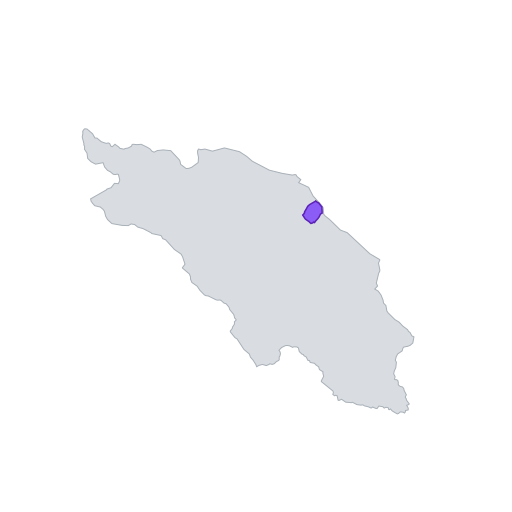 Noyon, Ömnögovi, Mongolia shown in context, rotated 216°
{"feature_id": "93677404B12923912473821", "entity_name": "Noyon", "entity_type": "district", "adm_level": 2, "iso_a3": "MNG", "parent_name": "Mongolia", "parent_adm1": "Ömnögovi", "projection": "natural_earth1", "projection_center": [102.365, 42.761], "detail": "fine", "context": "in_parent", "style": "filled", "palette": "violet", "viewbox_px": 512, "rotation_deg": 216, "n_neighbors": 0, "source": "geoboundaries", "source_scale": "gbopen_adm2", "svg_char_len": 4577}
<svg xmlns="http://www.w3.org/2000/svg" viewBox="0 0 512 512"><g transform="rotate(216 256 256)"><path d="M43.6,216.2L45.2,216.1L47.7,214.6L48.1,212.5L48.9,211.3L54.7,210.7L57.3,211.3L57.8,210.0L58.3,209.8L59.7,210.9L61.0,210.5L62.0,209.9L62.9,208.3L64.9,208.6L68.4,206.8L68.4,203.7L69.8,203.0L72.9,202.4L73.3,200.9L74.0,200.5L76.3,200.1L80.2,198.5L82.0,198.4L83.5,197.0L87.0,195.1L92.2,194.3L92.6,193.4L97.5,190.5L102.5,190.4L104.0,187.9L104.8,187.6L108.2,190.6L109.7,190.2L110.3,189.1L112.4,189.1L113.2,191.1L114.4,192.0L129.3,192.8L129.8,193.5L130.5,198.4L133.1,200.6L133.8,201.7L137.9,201.4L140.2,203.2L143.8,203.1L145.6,203.6L149.2,201.9L150.0,201.9L151.1,202.8L152.8,202.1L156.0,203.8L158.5,203.5L159.7,204.1L161.2,203.6L164.8,204.1L167.7,206.6L169.6,206.4L172.1,204.7L172.7,203.6L176.2,203.0L178.2,201.9L179.5,200.8L181.5,197.0L182.0,193.2L180.2,192.6L178.8,191.3L177.9,189.2L177.8,187.8L176.2,185.6L176.4,184.5L177.4,182.6L177.9,179.6L179.1,177.9L181.5,176.9L181.8,175.7L183.3,173.4L187.1,172.0L189.2,169.4L190.4,166.8L192.3,168.1L197.1,170.0L201.1,170.9L203.7,172.8L210.8,173.3L222.6,177.8L225.1,177.6L232.1,179.5L232.7,180.1L232.6,183.6L233.2,184.5L233.4,188.2L234.8,190.1L234.4,192.3L235.0,193.0L236.8,193.3L239.6,195.6L245.8,197.2L247.7,198.7L252.0,199.8L254.2,199.1L257.9,199.5L259.2,199.3L261.4,197.5L262.9,197.0L271.1,195.6L273.4,194.4L274.9,194.2L281.3,195.3L285.8,197.0L292.3,196.9L295.4,198.8L296.7,200.6L299.3,202.3L308.2,203.0L308.7,203.4L308.6,207.3L309.0,207.9L314.9,212.2L317.7,213.5L325.9,213.3L338.7,216.0L341.6,215.2L344.4,216.6L345.4,216.5L353.5,212.9L354.8,213.1L363.3,211.8L368.6,209.9L372.7,210.1L375.9,208.5L377.2,205.5L382.4,202.0L391.7,197.5L397.5,198.2L401.0,199.8L404.8,203.0L406.9,203.8L410.7,204.1L416.0,201.9L418.9,202.5L421.6,203.4L423.4,205.0L415.9,221.6L415.9,222.6L413.4,226.0L413.2,231.6L409.9,233.6L410.5,236.7L411.4,237.9L415.3,241.1L416.5,240.6L417.5,239.3L419.5,238.2L423.3,238.5L426.5,238.0L430.7,239.0L434.6,241.6L439.8,236.0L444.8,235.3L449.5,236.0L453.2,239.9L457.6,241.6L458.9,243.8L460.6,244.7L461.2,245.7L466.6,250.2L467.9,253.1L469.5,255.1L469.6,257.2L469.3,258.3L467.3,259.4L460.0,258.8L455.6,256.8L454.0,257.9L448.5,257.5L445.3,258.4L443.2,259.2L442.0,260.6L441.1,260.9L440.1,260.8L438.4,259.7L437.0,259.7L436.5,260.0L435.8,263.5L431.1,263.5L429.4,263.1L425.6,264.8L425.0,266.1L423.0,268.1L421.3,271.6L421.7,273.2L421.2,274.1L417.8,276.1L414.5,278.9L407.6,280.1L404.4,280.3L401.9,279.6L399.5,280.1L397.8,283.3L393.4,287.3L386.9,291.1L374.9,288.8L373.4,288.2L370.8,285.8L363.9,285.7L362.0,287.3L360.3,289.7L357.7,297.6L360.5,302.0L363.8,305.0L365.2,307.0L365.3,308.8L363.1,309.6L360.2,312.5L352.9,315.2L345.0,324.9L330.6,330.7L321.7,331.1L314.7,330.5L295.6,333.3L283.3,338.3L274.2,342.8L272.2,344.9L271.3,345.2L269.6,344.4L264.6,344.1L264.6,340.4L253.8,342.5L245.1,338.1L232.6,335.5L230.0,334.5L225.8,329.6L223.5,329.0L218.0,328.8L202.9,326.6L195.9,328.5L165.1,324.7L153.9,325.8L153.4,325.4L152.8,322.3L147.6,317.5L146.9,316.3L146.7,314.4L142.7,304.7L140.0,303.2L140.5,299.1L136.4,299.4L131.9,297.9L127.3,295.0L125.1,292.8L121.8,292.3L117.9,288.5L116.0,287.7L106.3,286.2L101.4,286.6L96.1,285.6L90.1,285.5L88.2,284.6L86.5,284.7L83.0,283.0L80.7,283.4L78.0,277.8L78.8,274.3L80.1,272.2L83.0,269.1L83.0,267.9L82.0,265.1L83.8,260.1L83.4,257.0L82.0,253.5L80.0,252.6L77.3,247.9L76.5,244.2L75.4,241.6L72.5,240.1L71.6,237.8L70.7,237.7L70.0,238.4L68.2,238.7L66.5,237.3L65.5,235.7L64.5,235.3L62.5,235.3L60.7,236.1L58.7,235.7L57.1,234.3L52.7,232.0L52.6,230.4L52.1,229.3L50.7,228.9L49.4,227.8L45.1,226.4L45.1,225.6L46.4,223.8L43.4,222.4L42.4,220.9L44.2,218.9L43.5,217.5L43.6,216.2Z" fill="#d9dde1" stroke="#a8b0b8" stroke-width="1"/><path d="M242.3,316.6L242.0,316.4L241.0,316.1L239.9,315.7L239.6,315.5L239.3,315.4L237.8,314.9L236.8,314.9L235.3,314.9L233.4,315.0L233.0,314.9L232.6,314.8L230.7,314.6L229.5,316.2L229.5,316.3L229.5,316.5L229.5,316.8L229.5,317.0L229.4,317.0L229.2,317.2L229.2,317.3L229.0,317.5L228.3,317.5L228.3,318.0L228.3,318.8L228.3,319.8L227.9,322.4L227.9,324.5L228.5,327.9L227.7,329.6L228.2,330.2L228.8,331.0L229.2,331.5L229.7,332.1L229.8,332.3L230.3,332.8L230.6,333.2L231.1,333.9L231.5,334.4L231.8,334.5L232.7,334.7L232.8,334.7L233.7,335.0L234.5,335.2L235.5,335.5L236.5,335.8L237.3,335.6L237.8,335.5L238.4,335.5L239.2,335.6L240.1,335.6L240.1,335.2L240.7,333.9L241.0,333.2L242.1,330.8L242.9,328.9L243.4,326.6L243.0,323.9L242.7,320.5L242.6,320.1L242.5,319.9L242.4,319.9L242.3,319.7L242.2,319.6L242.1,319.4L242.1,319.2L242.0,318.9L242.1,318.1L242.3,316.6Z" fill="#8b5cf6" stroke="#5b21b6" stroke-width="1.5"/></g></svg>